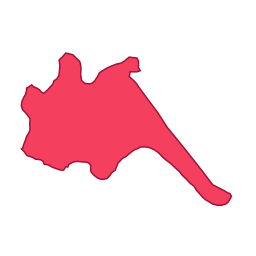 the district of Bilasuvar District, Biləsuvar, Azerbaijan, rotated 184°
{"feature_id": "54616110B16304773097912", "entity_name": "Bilasuvar District", "entity_type": "district", "adm_level": 2, "iso_a3": "AZE", "parent_name": "Azerbaijan", "parent_adm1": "Biləsuvar", "projection": "mercator", "projection_center": [48.464, 39.544], "detail": "fine", "context": "isolated", "style": "filled", "palette": "rose", "viewbox_px": 256, "rotation_deg": 184, "n_neighbors": 0, "source": "geoboundaries", "source_scale": "gbopen_adm2", "svg_char_len": 1978}
<svg xmlns="http://www.w3.org/2000/svg" viewBox="0 0 256 256"><g transform="rotate(184 128 128)"><path d="M232.8,99.7L231.3,98.5L230.2,97.4L228.6,95.5L226.7,93.4L222.1,92.3L219.7,91.4L218.2,90.4L215.6,90.4L212.4,90.1L210.2,88.6L209.0,86.0L204.9,85.6L201.9,84.2L200.4,83.5L197.5,82.7L193.3,81.5L190.3,81.3L189.2,81.6L187.3,85.0L185.4,85.0L185.3,84.9L184.6,87.4L180.3,90.2L176.1,91.2L171.9,91.0L168.6,91.0L165.7,90.7L163.7,89.6L162.7,87.9L162.4,85.3L162.3,82.8L161.5,81.2L159.1,78.9L156.6,77.1L154.8,76.0L154.5,75.9L152.0,75.1L149.2,75.0L145.6,76.1L143.9,77.8L142.6,79.7L141.3,81.9L139.3,83.8L137.8,85.1L136.8,88.3L136.7,88.5L135.4,92.5L133.6,94.6L131.4,97.3L128.3,99.1L125.5,101.9L122.2,105.0L119.4,107.0L116.3,108.4L114.4,109.9L110.4,110.3L105.9,110.1L102.1,108.8L99.6,107.8L97.0,106.1L94.5,104.3L91.4,101.3L88.8,99.4L86.7,98.0L83.2,95.7L79.4,92.7L76.7,90.5L73.4,88.0L71.1,85.1L66.4,81.2L61.9,77.0L58.0,74.5L55.2,70.5L51.3,66.7L48.7,64.1L45.4,61.7L41.1,59.6L38.1,58.0L33.7,57.2L29.3,57.4L25.0,59.1L22.7,61.3L20.0,67.0L21.6,69.5L24.9,70.7L26.9,71.8L27.4,72.1L39.6,77.3L51.3,90.7L71.1,112.4L89.1,131.6L99.4,145.4L117.4,166.3L120.8,170.5L122.9,173.2L126.0,176.0L130.3,179.3L129.8,184.2L123.3,184.6L119.7,186.0L121.8,188.8L122.1,195.2L124.0,198.4L131.8,198.8L136.2,194.6L139.4,192.3L144.1,190.9L149.6,188.3L153.6,186.1L160.3,181.2L161.8,177.5L164.5,172.7L167.2,170.0L169.2,169.4L174.0,169.4L177.6,172.1L179.0,178.3L179.0,183.8L179.9,188.8L181.1,191.4L184.5,194.1L188.2,197.2L195.2,198.5L198.2,194.6L201.5,190.9L200.3,185.5L200.4,179.7L200.6,175.5L202.2,172.3L205.2,169.8L206.1,166.4L208.6,163.3L211.9,159.2L214.7,156.7L216.9,157.9L219.1,160.0L221.7,161.4L225.1,162.6L227.1,164.3L229.9,162.0L231.9,160.9L231.9,157.8L232.7,154.1L234.5,150.4L235.5,147.6L236.0,143.1L234.5,138.9L231.5,136.3L228.7,133.3L226.3,130.2L226.3,125.3L225.8,121.5L225.7,119.1L226.6,116.2L228.5,112.7L229.7,107.9L230.9,104.3L231.8,100.3L232.8,99.7Z" fill="#f43f5e" stroke="#9f1239" stroke-width="1.5"/></g></svg>